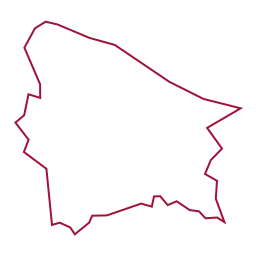 the district of Johnson, Kentucky, United States of America
{"feature_id": "52423323B17100846991834", "entity_name": "Johnson", "entity_type": "district", "adm_level": 2, "iso_a3": "USA", "parent_name": "United States of America", "parent_adm1": "Kentucky", "projection": "natural_earth1", "projection_center": [-82.813, 37.852], "detail": "fine", "context": "isolated", "style": "outline", "palette": "rose", "viewbox_px": 256, "rotation_deg": 0, "n_neighbors": 0, "source": "geoboundaries", "source_scale": "gbopen_adm2", "svg_char_len": 601}
<svg xmlns="http://www.w3.org/2000/svg" viewBox="0 0 256 256"><path d="M240.6,108.3L203.6,99.0L169.3,81.8L114.7,44.9L89.7,38.0L57.3,24.4L45.6,21.7L34.9,28.4L24.4,47.7L40.1,84.3L40.2,97.9L28.5,94.3L24.2,115.2L15.4,122.6L28.6,139.7L23.9,152.0L46.4,168.8L52.0,224.9L59.8,222.7L70.3,227.5L74.8,234.3L89.1,222.7L92.2,215.7L106.9,215.4L141.1,203.6L151.8,206.6L154.0,196.4L160.3,196.3L167.7,205.1L176.7,201.3L189.7,210.1L199.0,211.3L205.5,218.3L217.0,217.5L224.4,222.1L215.8,198.7L217.0,180.8L205.0,174.0L210.8,160.1L222.0,148.6L207.1,127.9L240.6,108.3Z" fill="none" stroke="#9f1239" stroke-width="2"/></svg>